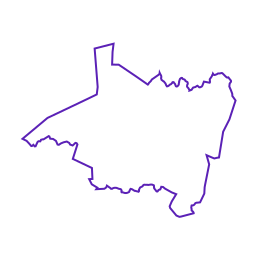 outline of Santo Domingo Tonalá, Oaxaca, Mexico, rotated 187°
{"feature_id": "50627088B17926070063491", "entity_name": "Santo Domingo Tonalá", "entity_type": "district", "adm_level": 2, "iso_a3": "MEX", "parent_name": "Mexico", "parent_adm1": "Oaxaca", "projection": "natural_earth1", "projection_center": [-97.996, 17.68], "detail": "fine", "context": "isolated", "style": "outline", "palette": "violet", "viewbox_px": 256, "rotation_deg": 187, "n_neighbors": 0, "source": "geoboundaries", "source_scale": "gbopen_adm2", "svg_char_len": 3714}
<svg xmlns="http://www.w3.org/2000/svg" viewBox="0 0 256 256"><g transform="rotate(187 128 128)"><path d="M44.7,78.6L44.6,80.5L43.0,101.8L46.7,110.6L40.9,108.9L38.6,108.3L36.0,109.3L34.1,109.8L33.1,135.9L28.4,148.9L24.6,168.4L27.3,171.4L28.3,172.4L28.6,174.1L28.8,174.9L30.6,178.3L31.5,179.8L32.5,181.6L32.5,184.5L31.4,186.5L31.6,187.6L32.6,188.5L34.6,190.5L35.7,190.1L36.4,190.5L36.9,190.7L41.0,193.9L41.7,194.0L43.4,193.4L43.8,193.3L45.3,193.1L46.4,192.2L48.3,191.2L49.3,191.2L50.3,192.3L50.4,191.4L50.7,191.2L51.1,189.6L52.8,186.3L52.2,183.6L52.5,182.9L53.9,183.0L58.3,183.3L59.4,178.9L60.0,178.0L61.6,177.1L62.3,177.1L64.2,178.4L64.9,178.0L66.1,176.9L68.2,176.1L68.5,175.7L69.6,173.6L71.5,172.7L71.4,173.4L72.0,173.6L72.8,174.8L73.4,175.3L73.7,175.5L74.1,175.9L74.4,176.3L74.5,176.7L74.5,177.0L74.5,178.0L74.4,178.2L74.1,178.9L74.1,179.7L74.5,180.6L74.7,180.9L76.1,181.4L76.7,181.7L77.0,182.3L77.8,183.0L79.5,183.3L80.1,183.7L80.3,184.2L80.8,184.3L81.1,184.2L81.3,184.1L81.7,183.8L82.4,183.0L82.5,182.5L82.7,181.7L82.8,181.3L82.8,180.7L83.0,180.0L82.8,179.3L83.0,178.3L82.9,177.2L83.6,176.0L84.1,175.4L84.5,175.2L85.0,175.1L85.5,175.3L85.9,175.8L86.1,176.3L86.3,176.7L86.5,177.2L86.9,177.6L87.3,178.0L87.8,178.4L88.2,179.0L88.9,179.1L89.5,178.7L89.7,178.0L90.3,177.3L90.7,176.7L91.1,176.5L91.5,176.3L91.9,176.0L92.3,175.4L92.7,175.0L93.0,174.8L93.3,174.5L93.9,174.2L94.5,174.1L95.1,174.9L95.4,175.2L95.5,175.4L95.7,175.8L96.0,176.4L96.5,177.1L97.1,177.5L97.8,178.4L98.6,178.7L99.9,179.5L100.6,179.9L101.3,181.6L101.1,182.6L101.3,183.3L101.5,184.0L102.0,184.7L102.6,185.5L103.0,186.1L103.3,186.6L103.3,186.2L103.3,185.7L104.0,184.7L104.5,184.2L110.3,179.0L110.9,177.6L111.7,176.5L112.6,175.5L113.1,174.2L113.6,173.5L114.2,173.8L118.5,176.1L126.7,180.4L144.9,189.7L151.5,189.0L152.6,201.7L152.6,209.9L170.8,202.8L163.1,165.0L163.1,157.9L163.1,157.5L172.1,151.7L174.3,150.3L208.8,128.4L209.3,128.0L209.4,127.9L231.4,104.4L227.1,102.9L224.2,100.5L221.8,98.3L221.0,98.5L219.9,99.8L218.4,98.4L217.5,98.6L216.1,103.0L215.3,103.9L213.4,104.1L212.9,105.7L211.2,106.4L210.5,106.4L205.7,110.3L205.0,110.0L203.9,107.9L201.0,108.0L197.9,106.4L195.9,103.0L194.6,102.9L192.6,104.6L190.1,106.0L187.1,107.1L184.5,106.0L183.4,104.5L180.8,103.9L180.1,104.7L178.4,106.8L177.2,106.7L176.2,105.5L179.0,90.6L158.9,83.9L157.1,73.1L160.3,72.5L157.1,67.7L151.1,65.0L152.0,63.4L144.1,64.8L142.8,65.9L142.1,67.1L141.9,68.2L137.6,65.9L137.4,65.6L136.4,65.7L135.6,66.4L134.5,66.9L133.6,67.1L132.5,67.2L131.3,67.0L130.3,66.7L129.4,66.5L128.5,66.5L127.6,66.3L127.2,65.9L126.7,65.1L126.8,64.4L126.7,63.7L126.5,63.4L125.4,63.5L124.7,63.4L123.9,63.2L123.1,63.1L122.0,63.2L120.8,63.6L119.9,64.1L119.1,64.7L118.9,65.3L118.8,66.1L118.5,66.7L118.3,67.4L118.0,67.9L117.0,67.8L116.5,67.7L115.8,67.4L114.9,66.9L114.3,66.7L113.7,66.4L113.0,66.5L112.1,66.3L111.0,66.2L110.3,66.1L109.8,66.0L109.4,66.6L109.4,67.3L109.6,68.0L108.8,70.3L107.3,71.4L106.7,71.7L106.3,72.2L106.1,72.7L105.8,73.2L105.0,73.7L104.2,73.7L102.8,73.9L102.0,74.0L101.3,73.9L100.7,74.0L99.4,74.4L98.2,74.7L96.9,74.7L96.0,74.4L95.8,74.4L95.3,74.2L95.1,73.4L95.1,72.9L94.8,72.2L94.9,71.8L94.6,71.3L94.1,70.7L93.1,69.8L92.5,69.1L92.1,68.7L91.7,68.5L91.0,68.6L90.6,69.2L90.2,70.1L89.6,70.4L89.2,70.8L88.6,70.9L88.3,71.5L87.8,73.7L86.0,73.7L83.8,72.3L76.7,69.4L72.1,68.2L75.6,60.5L77.1,55.4L76.4,53.7L69.3,47.0L66.2,46.1L64.7,46.5L52.4,51.4L52.4,51.5L52.7,52.2L53.3,52.9L54.0,53.4L54.5,53.7L54.8,53.9L54.9,54.6L55.0,55.4L55.3,56.2L55.5,56.6L55.5,58.1L55.5,58.5L55.4,58.9L54.9,59.0L54.1,59.1L53.3,59.6L52.9,60.0L52.4,60.8L52.0,61.6L51.1,62.1L50.6,62.3L49.8,62.4L49.0,62.6L48.1,62.8L47.4,63.0L44.3,72.1L44.3,72.6L44.7,78.4L44.7,78.6Z" fill="none" stroke="#5b21b6" stroke-width="2"/></g></svg>